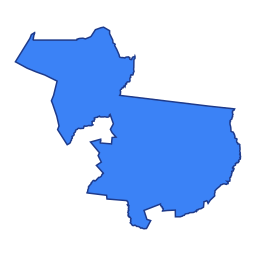 Laikipia North, Rift Valley, Kenya
{"feature_id": "3690345B24506089948123", "entity_name": "Laikipia North", "entity_type": "district", "adm_level": 2, "iso_a3": "KEN", "parent_name": "Kenya", "parent_adm1": "Rift Valley", "projection": "albers", "projection_center": [36.962, 0.429], "detail": "fine", "context": "isolated", "style": "filled", "palette": "blue", "viewbox_px": 256, "rotation_deg": 0, "n_neighbors": 0, "source": "geoboundaries", "source_scale": "gbopen_adm2", "svg_char_len": 5867}
<svg xmlns="http://www.w3.org/2000/svg" viewBox="0 0 256 256"><path d="M235.7,163.8L235.5,163.6L236.1,163.1L236.6,163.0L236.9,162.6L237.1,162.8L237.6,162.8L238.3,162.5L238.6,161.7L238.9,161.6L239.0,161.3L238.5,161.0L238.8,160.1L240.2,159.2L240.3,158.9L240.4,158.3L240.0,158.1L239.8,157.7L240.0,157.3L240.6,156.9L240.6,156.7L240.1,155.6L240.4,155.2L240.2,154.3L239.7,154.2L239.8,153.7L240.3,153.1L239.7,151.1L240.1,148.9L239.8,148.3L240.0,147.1L239.7,146.3L239.8,144.6L239.4,144.2L238.6,143.9L238.0,144.0L237.6,142.8L237.1,142.7L236.9,142.5L236.6,141.3L236.7,139.9L237.0,139.3L236.9,138.9L236.3,138.5L235.5,138.4L234.8,137.9L234.7,137.5L235.0,136.8L234.7,135.8L234.7,135.1L234.2,134.4L234.1,133.7L233.2,132.3L233.0,132.0L232.5,132.0L231.1,131.4L231.0,131.2L230.8,127.7L230.6,127.0L230.6,126.3L230.0,124.5L230.1,124.0L229.8,122.9L230.1,122.3L230.1,121.9L230.4,121.7L230.0,121.1L230.1,120.7L231.1,119.5L231.9,118.9L232.0,117.6L232.2,117.2L232.6,116.8L232.4,116.5L232.6,115.8L232.5,115.2L233.0,114.4L232.6,113.8L232.6,113.4L232.3,112.7L232.7,111.9L232.4,111.2L233.6,110.1L234.2,110.0L234.4,109.6L234.3,109.2L234.5,108.9L209.4,106.2L119.7,95.4L120.5,93.9L120.4,92.9L120.7,91.9L120.2,90.8L120.6,89.5L121.4,89.2L122.3,87.7L123.2,87.7L123.3,87.1L123.9,86.7L123.9,86.1L124.2,85.9L124.5,86.0L125.0,86.7L125.7,83.7L125.9,83.5L126.5,83.8L126.7,82.8L127.3,81.9L129.2,81.8L129.6,81.6L130.0,80.8L129.8,78.6L130.0,77.9L130.7,77.5L130.5,76.0L130.9,75.6L131.0,74.8L131.1,74.7L132.4,75.0L132.9,74.9L133.3,73.6L133.3,72.6L133.9,71.9L134.0,71.7L133.6,69.1L133.8,67.4L133.9,60.5L134.1,59.2L134.8,58.7L135.0,58.3L135.0,56.4L134.9,56.1L134.8,56.4L134.4,56.8L133.4,56.9L132.5,57.3L131.7,59.0L131.8,59.2L131.4,59.6L130.5,59.5L129.8,59.1L129.8,57.7L129.6,57.5L128.9,57.5L128.5,56.9L126.3,57.1L125.2,57.5L124.9,58.0L122.6,57.5L122.2,57.7L120.0,57.3L119.4,56.5L119.2,55.1L116.7,49.3L114.8,45.9L114.7,45.3L115.1,44.5L115.1,44.2L113.0,42.8L112.7,40.0L109.6,33.7L109.6,30.7L103.6,27.2L101.0,27.7L95.4,29.7L91.2,36.2L90.5,36.8L85.4,38.9L83.0,38.2L79.9,38.4L78.0,38.8L77.7,39.3L76.9,39.3L76.7,40.1L33.5,40.1L33.2,39.9L33.1,39.7L33.4,38.5L33.3,37.9L33.6,37.2L33.8,35.5L34.3,34.3L34.3,33.7L34.7,33.1L34.6,32.6L31.4,34.6L29.9,38.4L15.4,61.8L27.2,68.2L36.2,71.9L44.8,75.0L57.1,81.1L53.6,95.3L51.4,100.8L52.7,104.1L56.8,116.2L59.0,126.0L57.6,129.6L67.2,144.7L69.2,143.6L70.1,142.9L70.5,142.1L70.7,141.1L71.4,140.3L71.5,139.1L71.7,138.7L72.3,138.2L72.3,137.5L72.0,136.9L72.1,136.4L73.4,135.7L74.0,135.0L74.1,134.4L73.8,133.4L74.2,132.9L75.1,132.2L75.6,131.1L75.5,130.6L76.2,129.7L77.2,129.4L78.0,128.5L78.6,128.3L80.7,128.6L81.9,128.4L83.2,128.4L83.4,128.3L83.7,127.6L84.0,126.3L84.4,126.0L85.5,126.2L86.9,126.1L89.1,125.4L89.6,125.7L91.7,125.6L92.4,125.0L92.9,125.0L93.0,124.8L92.2,124.4L92.1,124.1L92.2,122.5L92.0,121.6L92.3,121.3L94.1,121.1L94.1,120.1L94.7,119.6L94.6,118.7L94.3,118.4L94.4,117.9L95.1,117.8L95.9,117.4L97.4,117.3L97.8,116.7L98.1,116.6L98.9,116.7L99.1,116.3L99.5,116.1L100.0,116.6L100.8,117.0L102.6,116.9L103.0,117.0L104.9,116.7L107.0,117.2L107.9,117.1L108.7,116.9L109.4,116.2L109.3,115.2L110.1,114.4L113.4,123.8L110.4,129.3L112.1,132.6L116.0,137.1L112.1,137.5L111.5,143.9L100.4,143.0L100.4,142.6L100.2,142.0L100.4,141.3L100.7,141.2L100.8,140.8L100.7,139.2L90.5,142.0L99.5,152.8L98.1,155.6L101.3,162.1L96.4,165.4L103.4,173.2L103.0,173.7L102.5,173.8L102.3,174.4L101.9,174.7L101.4,176.1L100.9,176.6L99.4,177.5L98.7,177.4L98.6,177.5L97.5,178.7L97.5,178.9L96.6,179.5L96.4,180.0L95.7,180.6L94.8,181.0L94.4,180.5L93.6,180.4L93.1,180.6L91.9,182.2L91.3,182.7L91.4,183.2L91.0,183.5L90.8,184.2L90.5,184.4L89.9,185.0L89.4,185.9L89.0,186.0L88.4,187.0L88.6,187.9L88.4,188.6L87.9,189.6L87.7,191.2L87.0,192.8L87.8,193.0L106.6,195.3L107.0,199.0L126.8,200.6L127.0,201.1L127.8,201.8L128.2,203.3L128.1,204.1L127.6,204.4L127.8,204.5L127.7,205.1L128.4,204.9L128.5,205.4L128.7,205.6L128.3,205.8L128.2,206.0L128.7,206.5L128.8,207.0L128.5,207.6L128.5,207.9L128.7,208.1L128.3,208.7L128.5,209.5L128.9,210.0L128.5,210.6L128.3,210.5L128.2,210.7L128.4,211.1L128.3,211.6L127.8,212.2L128.6,213.7L128.1,214.2L128.4,214.8L128.1,215.5L128.6,215.9L128.6,216.1L128.4,216.3L128.6,216.6L129.1,217.0L129.4,216.8L129.5,217.2L130.2,217.3L130.5,218.1L130.8,218.3L131.0,218.8L130.6,219.9L130.5,220.3L130.8,220.7L130.7,221.5L130.8,221.7L130.2,222.8L131.2,223.6L131.7,224.6L132.7,225.5L133.9,225.6L134.5,225.2L135.1,225.2L136.6,226.2L136.7,226.4L137.7,226.4L139.2,226.8L140.2,227.5L140.4,227.9L141.0,228.2L141.3,228.1L141.6,227.9L142.2,228.0L143.0,228.5L144.1,228.8L144.9,228.6L146.1,228.6L146.4,228.5L146.9,227.8L150.7,220.6L146.9,219.4L144.0,210.4L160.0,204.2L159.9,204.4L160.1,204.4L160.7,205.0L160.7,205.5L161.4,206.1L161.4,206.6L162.0,206.7L162.3,207.1L162.3,207.8L162.7,208.0L162.7,208.3L163.3,208.8L163.1,210.1L162.6,210.4L162.5,211.0L167.1,210.5L175.3,210.1L175.4,216.8L180.1,216.8L182.4,216.1L183.0,215.5L184.3,215.3L185.1,214.2L185.5,213.9L188.7,213.4L189.2,212.9L189.6,212.7L193.2,212.5L194.7,211.9L195.9,211.0L196.1,211.0L196.5,211.5L196.7,211.3L196.5,210.3L196.6,210.1L197.1,209.9L197.9,210.0L198.0,209.5L199.7,208.8L200.8,208.8L203.5,207.2L204.0,201.7L205.2,201.4L206.7,200.7L207.1,201.1L208.1,203.4L210.3,200.1L214.7,195.9L214.5,193.8L215.0,192.3L214.9,190.9L216.9,188.7L220.0,186.1L220.7,184.9L221.4,184.8L223.5,183.8L224.8,183.9L226.3,184.4L226.7,184.2L227.0,183.8L228.0,183.7L228.2,183.2L227.9,182.8L228.1,182.4L227.8,181.9L227.2,181.4L228.5,181.5L229.9,181.0L229.9,180.1L230.0,179.8L229.8,178.3L229.9,177.7L230.6,177.3L230.6,176.5L231.2,175.9L231.5,175.2L231.6,174.5L231.4,173.8L231.8,173.4L232.1,172.5L231.7,171.4L231.9,171.2L232.9,171.1L233.3,170.9L233.4,170.6L233.2,170.4L233.2,169.8L233.5,169.5L233.8,169.4L234.0,168.9L234.0,168.5L233.4,168.5L233.0,168.4L233.0,168.1L232.5,167.9L232.6,167.4L233.3,167.0L233.3,166.8L233.7,166.1L235.4,165.1L235.7,163.8Z" fill="#3b82f6" stroke="#1e3a8a" stroke-width="1.5"/></svg>